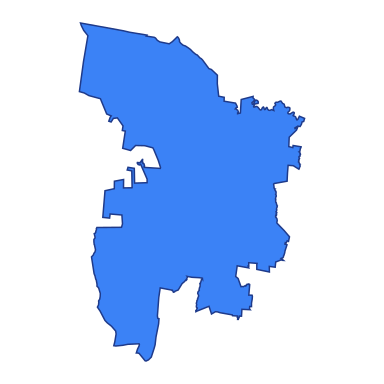 Almoloya de Juárez, México, Mexico (Robinson projection)
{"feature_id": "50627088B78235087084668", "entity_name": "Almoloya de Juárez", "entity_type": "district", "adm_level": 2, "iso_a3": "MEX", "parent_name": "Mexico", "parent_adm1": "México", "projection": "robinson", "projection_center": [-99.803, 19.397], "detail": "fine", "context": "isolated", "style": "filled", "palette": "blue", "viewbox_px": 384, "rotation_deg": 0, "n_neighbors": 0, "source": "geoboundaries", "source_scale": "gbopen_adm2", "svg_char_len": 5997}
<svg xmlns="http://www.w3.org/2000/svg" viewBox="0 0 384 384"><path d="M277.6,102.3L276.0,102.2L275.0,103.1L274.9,103.5L275.6,104.6L275.6,105.0L275.1,105.8L273.8,106.7L273.5,107.1L273.3,108.7L273.8,110.5L271.5,109.6L270.0,110.4L268.6,110.2L267.6,109.1L267.2,107.9L266.9,107.5L266.5,107.5L265.9,108.2L265.3,109.4L264.7,109.6L264.3,109.2L263.8,107.4L263.4,107.0L262.5,107.5L261.4,109.7L260.5,110.0L259.8,109.6L258.0,107.3L256.9,106.5L256.0,106.5L254.6,107.0L253.7,106.9L253.6,106.2L254.5,104.9L254.6,104.0L258.1,103.4L258.3,101.9L257.5,100.6L255.9,100.0L255.1,100.6L253.5,104.1L252.7,104.3L252.2,104.0L252.0,102.5L253.4,101.5L254.5,99.9L254.3,99.1L253.1,98.0L253.0,97.5L253.1,96.4L241.2,99.5L240.4,113.0L237.6,113.7L237.6,112.9L238.2,112.7L238.4,112.0L237.7,110.2L236.8,109.7L235.9,108.8L235.4,108.8L236.0,107.9L237.3,107.3L237.0,106.0L235.5,103.1L224.1,101.2L224.2,97.3L218.7,96.2L217.3,83.7L217.4,75.2L211.4,69.5L208.9,68.6L202.5,59.9L201.3,58.7L199.8,57.8L197.3,55.0L195.7,54.3L192.7,51.8L190.5,49.5L188.5,48.0L185.5,46.0L183.1,45.2L180.8,43.3L179.5,41.6L179.5,40.3L178.8,38.5L178.1,37.4L177.3,36.8L172.4,41.6L169.2,43.8L159.8,41.9L157.3,40.3L155.5,38.0L154.2,37.3L146.3,36.1L147.0,35.1L129.4,32.2L123.5,30.8L80.5,23.0L81.3,25.5L83.7,30.4L87.9,35.7L83.5,61.5L79.4,91.6L84.3,93.0L88.9,95.6L100.4,98.7L106.7,114.0L111.2,115.9L110.2,117.3L108.8,121.2L111.1,122.0L113.4,118.4L117.4,117.9L123.0,125.9L122.3,130.5L125.3,131.1L122.7,148.3L130.6,150.5L135.6,145.5L144.8,145.7L152.8,147.8L153.7,149.4L158.2,160.2L160.5,167.4L160.3,168.4L144.2,167.4L144.1,166.7L144.5,166.6L144.3,166.1L144.5,165.8L144.0,163.9L143.5,163.4L143.0,163.5L142.8,163.0L142.8,162.2L142.5,161.4L142.3,161.5L142.7,159.8L142.6,159.4L142.4,159.4L140.0,162.7L139.5,162.9L138.9,162.5L138.3,162.8L137.4,162.5L137.2,163.0L138.1,164.5L139.6,165.0L140.7,164.4L147.1,179.1L147.1,182.7L134.6,183.1L134.3,168.3L128.0,167.3L127.2,170.0L131.8,170.9L132.1,187.5L131.8,187.5L131.7,187.8L123.5,187.9L123.6,179.5L114.4,181.2L114.3,188.7L105.0,190.7L102.8,217.4L109.6,218.1L110.1,214.0L121.9,215.0L122.5,223.9L121.5,227.3L96.9,227.5L96.3,228.7L96.5,229.4L95.8,231.3L95.8,232.1L95.3,233.1L94.2,233.6L95.0,236.9L95.0,238.0L93.9,239.4L93.9,241.9L94.2,244.5L94.4,244.6L95.5,249.8L95.0,251.9L94.0,253.2L93.2,255.1L91.5,256.9L94.1,273.7L95.0,275.9L95.7,279.1L96.2,279.9L97.0,284.1L97.0,286.3L98.1,287.3L98.7,288.2L100.3,293.4L100.2,296.5L99.7,299.2L98.6,300.9L98.6,301.4L98.8,301.8L98.5,305.0L97.4,307.1L100.1,311.1L105.0,320.5L107.3,322.9L111.5,326.2L115.7,331.1L116.1,334.0L114.8,341.8L113.8,345.7L115.8,346.0L122.8,345.3L127.9,344.3L139.1,343.8L139.4,344.6L139.0,346.1L137.5,349.2L136.3,353.0L137.5,353.0L139.1,353.4L145.1,360.8L146.1,361.0L148.5,359.9L151.3,357.1L154.2,348.1L155.1,344.8L156.0,337.0L158.6,323.9L159.0,318.7L157.8,318.4L157.4,315.9L158.8,297.4L160.2,287.9L172.3,290.2L172.2,290.6L173.2,291.4L173.4,292.2L174.6,291.9L174.9,291.3L178.2,290.0L182.1,283.6L184.5,281.6L185.6,280.2L186.1,280.4L186.8,279.6L186.4,279.3L187.6,276.9L187.2,276.4L192.0,277.3L199.5,277.7L202.4,278.2L202.5,279.2L202.2,278.8L202.1,279.3L201.4,279.7L200.9,281.9L200.5,282.2L200.4,283.3L200.1,283.4L199.8,283.8L200.2,284.5L200.0,286.8L199.6,287.3L199.1,289.5L199.3,290.3L198.1,291.7L197.9,292.3L197.7,293.4L198.6,295.4L198.6,296.2L197.9,297.8L197.8,298.7L197.5,298.9L197.5,299.8L196.9,300.6L196.8,301.9L196.3,303.2L196.7,304.5L196.5,305.5L196.3,306.2L196.5,307.3L197.1,307.8L196.9,308.0L197.2,308.5L196.1,310.4L195.8,310.6L195.9,311.7L197.0,311.1L209.0,306.3L211.5,314.0L215.5,311.7L217.6,311.9L220.0,312.7L232.3,314.9L232.5,315.7L237.3,316.0L237.3,317.4L237.8,317.5L237.6,319.4L238.3,319.4L238.4,317.7L239.1,317.7L239.3,316.1L241.5,316.2L241.9,309.3L250.1,309.7L249.5,309.0L249.7,306.5L251.5,306.6L251.5,303.1L252.2,299.1L252.4,296.4L252.1,295.2L248.8,295.1L249.7,284.8L249.2,284.7L249.3,284.2L248.8,284.0L248.7,284.3L247.1,284.2L246.4,285.2L246.4,285.6L245.5,286.0L245.3,285.6L243.3,286.7L242.2,286.5L241.0,286.7L238.1,278.5L235.7,276.5L237.2,265.8L248.8,267.9L248.1,266.1L248.8,266.1L248.7,262.7L257.1,263.4L256.8,264.5L256.8,269.4L269.4,272.0L269.3,266.4L275.2,267.2L275.7,262.0L280.9,260.0L281.3,259.4L282.1,260.3L283.5,260.4L281.1,258.4L282.8,257.8L283.4,257.0L283.6,255.7L283.9,255.4L284.7,252.9L285.0,251.0L287.0,244.8L284.9,244.1L285.3,242.6L286.2,242.9L287.2,240.8L288.5,241.4L289.5,236.8L284.2,230.6L277.1,223.3L276.8,222.2L277.2,220.9L277.1,219.6L276.8,218.4L276.4,218.2L276.1,217.3L275.7,217.2L275.6,216.5L275.7,215.3L276.4,215.4L276.5,214.9L276.6,214.0L276.2,213.7L276.7,212.6L276.3,212.5L276.0,211.6L276.5,211.1L276.8,209.8L276.5,209.5L276.6,208.2L277.2,206.9L277.1,206.2L277.3,205.9L276.9,205.5L276.9,205.0L276.5,204.1L276.3,202.8L275.8,202.4L275.6,200.8L275.8,199.6L275.4,199.0L275.6,198.6L275.9,196.6L276.2,196.4L276.2,195.4L275.8,194.6L276.0,194.6L276.0,193.6L276.1,191.9L275.7,191.5L275.6,190.8L275.2,190.6L274.6,189.1L275.0,188.9L274.4,188.6L273.9,187.7L274.1,187.3L274.0,186.7L273.6,184.1L274.3,183.5L287.1,181.2L287.5,173.0L288.1,165.3L293.3,165.7L298.9,169.2L299.3,168.6L299.3,168.0L300.2,166.0L299.6,164.6L300.1,164.2L299.5,163.8L299.1,162.6L298.5,162.1L298.6,161.0L299.0,160.9L298.7,159.9L299.1,159.4L298.9,159.2L299.5,158.5L299.0,157.6L298.9,156.9L299.5,156.6L299.4,156.3L300.1,155.9L300.0,155.1L300.3,154.5L300.1,154.1L300.4,154.0L299.8,152.6L299.8,152.1L299.5,152.2L299.1,151.9L299.6,151.7L299.5,151.4L300.0,150.6L300.4,148.4L300.9,147.8L301.1,146.8L293.1,145.5L292.8,147.6L288.8,146.6L289.2,137.2L296.5,130.1L297.8,127.0L296.0,127.8L295.1,128.6L294.8,128.0L297.8,126.1L300.1,126.5L301.4,124.4L302.1,121.9L303.7,121.5L304.6,118.4L299.4,116.2L297.8,119.4L297.1,119.9L296.7,119.8L295.6,116.9L294.6,116.2L293.3,115.9L293.1,115.5L293.9,114.3L294.3,113.0L294.1,112.5L293.1,112.1L290.1,113.9L288.9,113.9L288.0,113.5L287.9,112.3L289.4,110.9L289.8,110.1L289.9,108.1L289.5,107.6L287.9,107.2L286.6,107.7L284.9,107.0L284.2,104.3L283.9,104.0L282.6,103.4L281.0,101.1L280.1,101.1L277.6,102.3Z" fill="#3b82f6" stroke="#1e3a8a" stroke-width="1.5"/></svg>